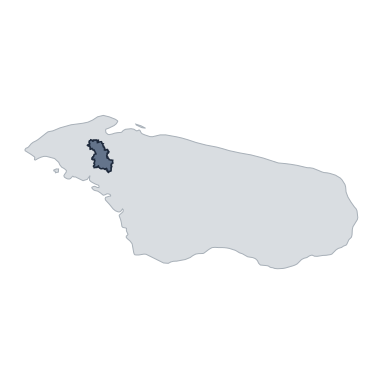 location of Befandriana Nord, Sofia, Madagascar, rotated 266°
{"feature_id": "10022922B32579750162608", "entity_name": "Befandriana Nord", "entity_type": "district", "adm_level": 2, "iso_a3": "MDG", "parent_name": "Madagascar", "parent_adm1": "Sofia", "projection": "albers", "projection_center": [48.822, -15.151], "detail": "fine", "context": "in_parent", "style": "filled", "palette": "slate", "viewbox_px": 384, "rotation_deg": 266, "n_neighbors": 0, "source": "geoboundaries", "source_scale": "gbopen_adm2", "svg_char_len": 8104}
<svg xmlns="http://www.w3.org/2000/svg" viewBox="0 0 384 384"><g transform="rotate(266 192 192)"><path d="M252.7,37.0L253.7,39.5L255.0,42.0L259.0,47.9L260.6,50.2L262.1,52.6L262.7,57.4L265.2,64.9L267.5,76.1L268.2,87.7L268.9,93.0L270.7,97.9L273.6,103.1L274.6,108.9L272.7,114.8L270.0,120.4L269.3,121.4L268.1,122.8L267.5,122.8L265.4,121.3L263.7,118.9L261.5,113.4L260.7,110.6L259.8,110.1L257.2,110.3L255.4,112.1L255.0,113.2L255.4,116.3L256.1,119.1L256.4,122.0L256.4,125.6L257.1,126.7L258.1,127.6L259.2,130.0L259.4,135.6L258.7,138.4L256.9,140.8L257.0,142.2L257.6,143.5L257.0,144.4L254.6,145.4L253.6,146.3L252.3,148.8L250.2,153.9L249.9,156.4L251.2,164.3L250.8,169.8L248.1,180.5L246.6,185.5L244.4,191.5L241.1,199.5L237.8,209.4L235.1,219.7L233.0,225.8L230.7,231.9L227.6,242.6L224.9,253.4L220.9,265.4L215.5,278.7L214.9,280.4L213.8,287.2L212.6,293.1L211.2,298.9L208.2,308.6L207.9,311.5L207.2,314.4L204.3,320.4L203.1,322.7L202.2,325.0L201.7,328.1L200.9,331.0L198.8,336.3L195.6,340.9L193.5,342.6L188.8,345.1L186.4,345.6L181.2,345.7L176.1,347.2L170.8,349.9L165.7,353.0L163.8,354.5L161.7,355.3L154.9,355.6L152.9,355.0L146.1,350.1L143.4,349.3L138.4,348.7L136.9,348.3L135.6,347.7L133.5,345.2L129.5,343.0L128.5,342.4L127.9,340.8L127.4,339.2L126.3,337.4L125.5,333.9L124.1,331.5L120.4,327.3L119.9,325.9L119.5,321.3L119.6,318.2L119.1,312.5L119.4,309.8L120.7,307.3L120.1,304.7L118.6,302.0L118.1,299.2L117.0,296.6L113.0,292.0L112.0,289.8L111.3,287.4L109.7,280.0L109.4,277.4L109.5,271.9L110.0,269.1L110.9,267.1L111.1,265.7L111.7,264.4L112.6,263.4L113.2,262.1L114.4,255.1L116.3,253.5L119.0,252.5L121.1,250.6L122.3,248.1L123.5,243.0L126.9,237.9L128.0,235.2L130.8,231.1L133.1,225.4L133.8,222.7L134.3,219.9L134.8,213.9L135.2,210.9L135.1,208.0L133.6,204.9L130.1,199.5L129.9,198.4L130.1,194.3L129.8,191.4L128.5,188.4L126.8,185.7L125.1,180.5L124.1,171.9L124.2,168.8L123.7,166.0L122.5,163.4L123.2,158.7L133.1,141.8L133.4,139.8L132.9,134.7L133.1,131.7L133.4,130.6L134.2,130.0L135.9,129.6L144.3,128.7L145.3,128.2L147.4,126.8L150.2,124.0L151.5,123.2L152.6,123.4L153.4,124.6L154.3,125.2L157.7,123.9L159.0,123.9L160.3,124.1L160.9,122.9L161.2,121.4L161.7,120.3L162.6,119.7L166.9,119.3L169.7,118.8L173.3,117.7L174.1,117.9L177.0,121.7L177.9,122.0L179.0,122.2L180.0,121.5L177.6,119.5L177.2,118.3L177.3,117.0L178.6,114.3L180.7,112.1L185.3,108.9L190.1,105.1L191.5,104.9L192.7,105.5L193.7,109.8L193.6,110.5L194.4,110.6L195.3,110.1L196.0,108.3L196.1,106.9L195.4,105.5L195.1,104.3L195.0,103.2L197.5,100.6L199.4,98.1L200.3,95.2L201.1,93.8L203.1,92.3L203.7,92.5L204.2,93.7L204.5,95.0L204.0,96.4L203.2,97.6L202.9,99.4L204.1,99.7L205.2,99.3L206.7,96.1L208.5,93.2L209.6,91.7L211.0,90.6L213.2,90.8L215.5,91.4L211.9,88.4L210.9,84.1L215.2,76.7L215.2,75.2L215.8,74.7L216.1,74.1L213.9,71.7L213.5,70.4L213.8,68.6L214.8,66.9L215.8,65.7L217.1,65.3L218.2,65.9L220.6,67.9L222.2,68.2L224.2,66.3L225.8,63.8L228.2,62.1L230.9,61.1L235.0,57.2L237.7,49.2L237.9,46.8L237.3,44.0L236.4,41.3L234.8,37.9L235.2,37.1L237.5,37.6L238.2,37.1L240.7,34.1L244.8,28.4L246.1,28.4L247.3,29.5L247.7,31.1L248.5,32.2L251.3,34.9L252.7,37.0ZM224.3,59.6L224.3,60.5L221.2,60.1L220.7,57.1L222.2,57.0L222.6,55.7L223.5,55.6L224.5,58.3L224.3,59.6ZM261.6,145.7L258.9,150.1L259.7,146.4L262.7,141.1L263.6,140.7L261.6,145.7Z" fill="#d9dde1" stroke="#a8b0b8" stroke-width="1"/><path d="M251.1,94.7L250.8,94.7L250.7,94.4L250.4,93.9L250.3,93.4L250.0,93.2L249.8,92.9L249.2,93.0L248.7,92.8L248.6,93.0L248.0,93.2L247.8,93.0L247.5,93.1L247.3,93.4L246.8,93.3L246.7,93.1L246.8,92.9L246.9,92.7L246.6,92.5L246.5,92.2L246.3,91.7L246.2,91.7L246.2,91.1L245.9,90.9L245.7,91.1L245.7,91.3L245.4,91.5L245.6,91.6L245.6,92.1L245.4,92.5L245.1,92.6L245.1,92.9L244.8,92.9L244.7,93.3L244.3,93.2L244.1,93.3L244.0,93.5L243.9,93.6L243.7,93.6L243.4,93.4L243.0,93.4L242.7,93.7L242.5,93.4L242.3,93.5L242.1,93.5L241.8,93.4L241.7,93.4L241.7,93.6L241.8,93.9L241.8,94.2L241.8,94.3L242.0,94.4L242.0,94.6L242.2,94.9L242.2,95.1L242.3,95.2L242.1,95.3L241.9,95.7L241.3,96.1L241.2,96.1L240.9,96.1L240.7,96.3L240.7,96.7L240.6,97.1L240.6,97.4L240.2,97.5L240.0,97.4L239.9,97.4L239.7,97.7L239.2,98.0L238.0,98.2L237.8,98.4L237.7,98.6L237.4,98.7L237.1,98.7L236.8,98.8L236.8,98.7L236.8,98.3L236.7,98.2L236.5,97.9L236.4,97.6L236.4,97.4L236.3,97.0L235.9,97.0L235.7,96.8L235.5,96.7L235.4,96.6L235.2,96.6L234.9,96.5L234.5,96.4L234.3,96.1L234.1,96.0L234.1,95.7L233.7,95.7L233.5,95.2L233.4,95.1L233.2,95.0L233.1,94.7L232.8,94.7L232.7,94.6L232.3,94.8L232.0,94.9L231.9,94.5L231.8,94.4L231.6,94.5L231.5,94.8L231.2,95.0L231.2,95.5L231.4,95.8L231.2,96.0L231.3,96.1L231.5,96.1L231.4,96.4L231.4,96.7L231.1,96.5L230.9,96.4L230.7,96.6L230.7,96.8L230.8,97.0L230.4,97.3L229.5,97.1L229.4,96.9L229.0,96.9L228.8,97.0L228.4,96.8L228.1,96.4L227.5,96.3L227.2,96.2L226.7,96.8L226.4,96.8L225.6,96.6L225.5,96.3L225.0,95.6L224.3,95.5L223.7,95.9L223.7,96.2L223.4,96.8L223.1,96.6L223.1,96.9L223.3,97.1L223.2,97.3L223.4,97.5L223.5,97.7L223.5,98.0L223.3,98.1L223.2,98.3L223.2,98.5L223.3,98.6L223.1,98.7L223.1,99.0L223.1,99.3L223.2,99.1L223.5,99.6L223.8,99.6L223.8,99.4L223.9,99.5L224.1,99.8L224.3,100.1L224.5,100.5L224.2,100.6L223.8,100.6L223.7,100.6L223.4,100.5L223.0,100.9L222.8,101.2L222.2,101.7L221.8,102.5L221.6,102.6L221.6,102.8L221.5,103.1L221.5,104.1L221.8,104.5L221.8,105.0L221.4,105.7L221.2,105.8L221.1,106.2L220.9,106.2L220.7,106.5L220.6,106.9L220.8,106.9L220.8,107.0L221.0,107.8L221.2,107.7L221.2,107.8L221.3,107.8L221.5,108.4L221.2,108.6L220.6,108.6L220.2,108.8L219.9,108.8L219.9,108.7L219.2,108.6L219.2,108.8L219.1,108.7L219.0,108.8L218.8,109.0L218.5,109.4L218.3,109.4L218.2,109.4L218.0,109.6L217.8,109.7L217.5,109.7L217.3,110.1L217.5,110.3L217.7,110.2L218.2,110.8L218.4,111.2L218.3,111.4L218.5,112.2L218.7,112.4L218.8,112.8L219.4,112.6L219.8,112.9L220.2,112.9L220.5,113.0L220.9,112.9L221.0,113.0L221.2,112.9L221.5,112.9L221.6,113.0L221.7,112.9L221.9,113.3L222.3,113.4L222.8,113.3L223.0,113.4L223.0,113.7L223.3,113.8L223.8,113.5L223.8,113.4L223.7,113.2L223.8,113.0L224.3,113.1L224.9,113.4L225.2,113.3L225.4,113.3L225.7,113.8L225.8,114.3L226.4,114.4L226.5,114.6L226.5,115.1L228.3,114.9L228.7,114.9L229.1,115.1L229.2,114.5L229.5,114.3L229.5,113.9L229.4,113.6L229.5,113.1L229.7,112.5L230.1,112.0L230.1,111.7L230.4,111.7L231.0,111.2L231.7,110.9L231.7,110.7L231.6,110.1L231.6,109.9L231.8,109.7L232.4,109.6L232.4,110.1L232.5,110.2L232.8,110.2L233.0,110.3L233.2,110.0L233.6,109.5L233.9,109.4L234.0,109.4L234.1,109.5L234.3,109.7L234.5,109.6L235.0,110.0L235.5,109.9L235.6,110.0L236.2,110.0L236.3,110.1L236.6,110.0L236.8,110.2L236.8,110.6L237.0,110.8L237.1,111.0L236.8,111.4L237.0,111.5L237.3,111.6L237.5,111.5L237.8,111.9L238.1,111.9L238.2,111.5L238.4,111.4L238.7,111.2L238.9,111.2L238.9,110.9L239.1,110.9L239.2,110.7L239.6,110.7L239.7,110.8L239.8,110.6L240.0,110.6L240.4,110.4L240.4,110.2L240.2,109.7L240.1,109.3L240.0,109.2L240.2,108.9L240.1,109.0L240.0,108.7L239.8,108.7L239.8,108.1L240.2,108.1L240.7,108.1L240.8,108.0L241.0,108.0L240.9,107.8L241.2,107.9L241.3,107.9L241.6,107.7L241.8,107.7L242.0,107.6L242.0,107.9L242.3,107.8L242.4,107.6L242.8,107.5L242.9,107.4L243.1,107.4L243.4,107.3L243.4,107.1L243.6,107.2L243.9,107.1L244.0,106.6L244.6,106.5L244.6,106.4L244.8,106.4L245.3,106.5L245.5,106.4L245.8,106.2L246.0,106.2L246.2,106.3L246.3,106.4L246.3,106.2L246.5,106.1L246.6,105.9L246.9,105.7L247.0,105.4L247.3,105.4L247.5,105.4L247.8,105.5L248.5,105.2L248.5,104.3L248.5,103.7L248.4,103.5L248.4,103.2L248.4,102.8L248.2,102.5L248.1,102.3L248.0,102.2L248.1,101.6L248.2,101.3L248.4,101.1L248.5,101.2L248.3,101.2L248.4,101.3L248.6,101.3L248.7,101.2L248.9,101.1L248.8,101.3L248.9,101.5L249.0,101.5L249.0,101.3L249.1,101.6L249.3,101.5L249.5,101.7L249.4,101.8L249.5,101.9L249.6,101.7L249.8,102.0L249.7,102.1L249.8,102.2L250.0,102.2L249.9,102.0L249.9,101.8L250.1,101.9L250.1,101.7L250.5,101.7L250.4,101.7L250.3,101.4L250.3,101.1L250.4,100.6L250.5,100.5L250.6,100.2L250.7,99.9L250.7,99.7L250.5,99.4L250.4,99.3L250.6,98.4L250.6,97.9L250.8,97.8L250.8,97.7L250.7,97.4L250.5,97.5L250.3,97.4L250.0,97.5L249.9,97.4L250.0,97.1L249.7,96.8L249.7,96.5L249.7,96.3L250.0,96.2L250.4,96.1L250.6,96.0L250.7,95.7L250.9,95.3L251.1,94.7Z" fill="#64748b" stroke="#1e293b" stroke-width="1.5"/></g></svg>